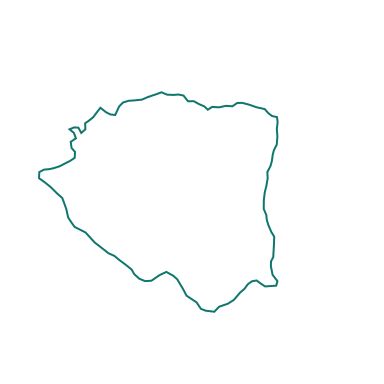 the district of Sebastianópolis do Sul, São Paulo, Brazil, rotated 321°
{"feature_id": "56859067B57428988015722", "entity_name": "Sebastianópolis do Sul", "entity_type": "district", "adm_level": 2, "iso_a3": "BRA", "parent_name": "Brazil", "parent_adm1": "São Paulo", "projection": "robinson", "projection_center": [-49.915, -20.635], "detail": "fine", "context": "isolated", "style": "outline", "palette": "teal", "viewbox_px": 384, "rotation_deg": 321, "n_neighbors": 0, "source": "geoboundaries", "source_scale": "gbopen_adm2", "svg_char_len": 1637}
<svg xmlns="http://www.w3.org/2000/svg" viewBox="0 0 384 384"><g transform="rotate(321 192 192)"><path d="M168.3,70.2L162.3,71.7L156.6,71.7L152.3,71.3L148.5,76.2L143.1,76.4L144.2,70.5L141.0,67.6L136.3,66.2L137.4,71.7L135.6,77.2L129.3,76.7L126.1,82.0L126.3,87.2L122.4,91.6L116.6,91.1L111.7,90.0L105.3,88.7L99.4,86.4L95.6,84.5L91.1,81.5L85.9,80.4L81.8,85.0L83.8,92.4L85.3,99.5L86.3,108.8L87.4,115.0L85.9,119.5L83.6,126.1L79.7,133.9L79.1,140.1L78.8,145.3L83.8,156.5L84.6,170.1L86.1,176.3L88.5,186.9L91.5,192.9L92.7,199.1L94.7,206.9L96.3,214.3L95.4,219.5L96.5,226.3L99.5,231.8L104.6,235.4L114.6,236.2L121.8,238.0L124.7,245.3L125.6,250.5L124.0,261.7L122.5,269.1L126.1,280.6L125.4,288.4L127.9,292.8L134.0,299.1L140.8,298.2L145.5,299.9L149.6,301.4L156.6,302.2L166.3,300.4L171.8,300.3L177.4,298.8L182.4,299.1L186.5,301.4L187.8,306.4L189.4,311.4L198.5,317.8L202.3,315.0L202.5,307.1L206.6,299.3L209.8,295.6L214.1,293.8L220.0,287.3L223.8,283.1L227.8,278.4L228.5,272.9L230.5,265.9L232.6,260.7L235.3,256.6L237.1,250.3L242.8,243.4L248.3,238.1L253.6,234.1L259.5,228.9L263.1,223.9L269.2,221.3L273.7,218.1L278.0,214.0L281.9,211.1L287.7,208.5L293.4,202.5L297.5,196.5L302.5,191.6L305.2,187.3L302.0,183.3L300.9,178.5L300.7,173.3L295.5,166.8L291.3,160.0L287.1,154.3L283.2,151.3L277.3,150.8L272.6,146.4L266.3,143.2L261.1,138.5L256.1,138.0L255.4,133.1L252.8,128.2L250.5,122.5L246.0,119.0L246.1,111.7L242.8,107.7L238.7,104.9L234.0,100.8L231.0,95.3L226.2,93.7L222.0,92.1L217.0,90.3L211.2,88.7L204.8,84.5L200.1,81.2L194.6,79.0L189.1,79.7L185.1,81.7L180.8,83.8L177.4,80.4L175.4,75.9L173.8,68.9L168.3,70.2Z" fill="none" stroke="#0f766e" stroke-width="2"/></g></svg>